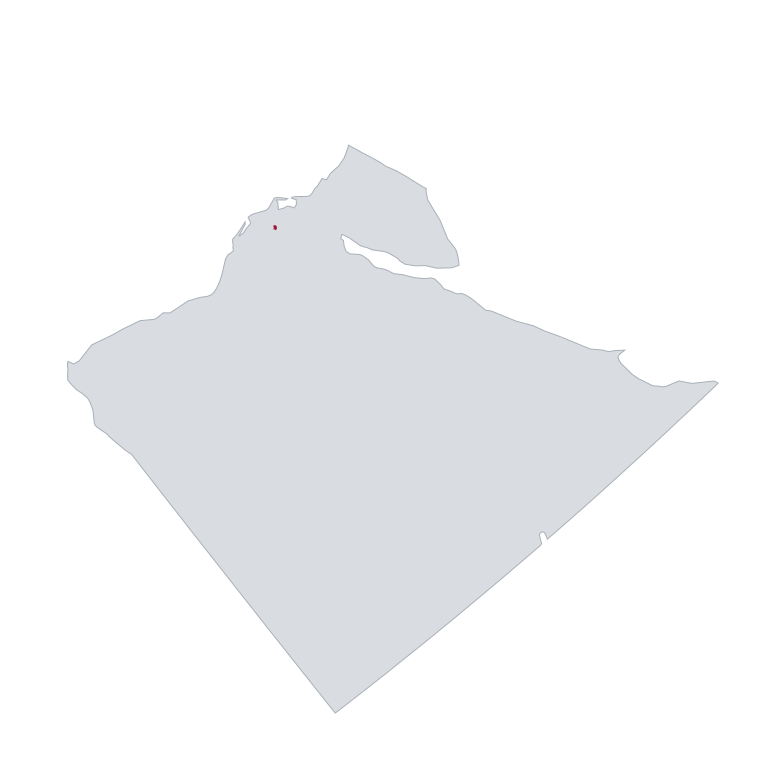 E Mansora 2, Ad Daqahliyah, Egypt (highlighted), rotated 319°
{"feature_id": "37247803B17472786437270", "entity_name": "E Mansora 2", "entity_type": "district", "adm_level": 2, "iso_a3": "EGY", "parent_name": "Egypt", "parent_adm1": "Ad Daqahliyah", "projection": "orthographic", "projection_center": [31.41, 31.047], "detail": "fine", "context": "in_parent", "style": "filled", "palette": "rose", "viewbox_px": 768, "rotation_deg": 319, "n_neighbors": 0, "source": "geoboundaries", "source_scale": "gbopen_adm2", "svg_char_len": 3785}
<svg xmlns="http://www.w3.org/2000/svg" viewBox="0 0 768 768"><g transform="rotate(319 384 384)"><path d="M636.7,602.6L622.8,603.3L608.9,603.9L594.9,604.5L581.0,605.0L567.1,605.5L553.1,606.0L539.2,606.4L525.2,606.8L511.3,607.1L497.3,607.4L483.4,607.7L469.4,607.9L455.4,608.1L441.5,608.2L427.5,608.3L413.5,608.3L405.5,608.3L406.9,604.3L407.7,601.5L406.8,599.5L404.1,599.0L402.3,599.6L398.1,608.0L396.0,608.4L391.0,608.4L374.7,608.3L358.5,608.2L342.2,608.0L325.9,607.7L309.7,607.4L293.4,607.1L277.2,606.7L260.9,606.2L244.7,605.7L228.5,605.1L212.3,604.4L196.1,603.8L179.8,603.0L163.7,602.2L147.5,601.3L131.3,600.4L131.7,590.3L132.2,580.1L132.6,569.9L133.1,559.7L133.5,549.5L134.0,539.3L134.4,529.1L134.9,518.9L135.4,508.7L135.8,498.4L136.3,488.2L136.8,478.0L137.3,467.7L137.8,457.5L138.3,447.2L138.8,437.0L139.3,426.7L139.8,416.5L140.3,406.2L140.8,396.0L141.3,385.7L141.8,375.4L142.3,365.2L142.9,354.9L143.4,344.6L143.9,334.3L144.5,324.0L145.0,313.8L145.6,303.5L146.1,293.2L146.7,282.9L147.3,272.6L147.0,270.7L145.2,263.5L143.7,254.5L142.1,243.5L142.1,239.9L139.1,228.5L138.9,225.2L140.0,223.0L146.5,213.9L148.5,209.4L150.4,204.0L151.1,199.5L149.8,192.5L148.1,186.2L147.8,179.9L147.9,173.6L151.1,169.6L155.0,165.8L156.4,163.4L158.7,160.8L160.3,159.6L162.9,165.3L169.0,166.6L189.1,162.7L210.8,168.7L222.9,171.2L241.5,176.2L252.6,184.2L255.7,185.2L264.0,185.4L269.2,190.0L290.7,192.8L302.0,198.0L308.5,202.1L312.3,203.4L315.8,203.3L320.5,201.9L326.5,199.2L332.9,195.5L346.4,185.7L351.1,184.1L354.2,184.6L357.9,184.5L359.5,181.8L361.5,180.0L362.7,177.9L364.8,175.4L371.6,174.7L385.5,170.5L383.9,172.5L371.3,177.3L376.7,177.9L382.2,176.3L388.5,175.3L389.7,173.2L390.5,169.4L391.7,168.9L396.1,169.6L409.0,175.5L412.2,175.6L421.3,172.4L423.2,171.7L426.2,173.5L433.0,180.8L430.6,180.7L423.4,174.4L422.8,177.5L418.7,183.1L423.8,185.5L428.0,186.4L430.3,189.5L431.7,192.2L435.8,191.0L438.7,187.2L437.2,185.1L436.1,183.0L437.5,182.9L440.4,184.7L448.7,191.7L451.4,193.2L454.6,192.9L461.3,190.8L463.1,191.1L472.1,188.3L473.2,190.2L474.7,192.1L481.8,189.9L493.2,189.7L502.4,187.2L513.0,181.3L513.8,180.4L514.4,181.8L515.8,185.6L519.3,195.3L522.4,202.9L526.2,213.4L527.4,217.5L528.0,220.3L533.4,231.8L536.7,241.3L539.1,249.1L542.6,260.4L544.1,264.3L541.9,266.4L537.7,274.0L533.6,297.7L527.2,316.2L526.7,327.7L525.7,331.9L522.5,337.8L518.6,343.6L511.5,340.9L499.7,331.1L492.8,321.7L485.5,315.7L478.6,307.6L476.7,301.8L476.7,298.0L473.6,288.9L471.4,284.6L463.0,274.9L460.6,269.7L458.8,267.4L456.9,264.1L453.8,251.5L450.5,243.5L446.8,245.7L447.5,249.1L444.3,253.8L442.4,259.3L443.9,263.7L450.7,270.4L452.1,273.4L453.7,279.8L453.6,288.5L454.7,291.4L459.8,297.9L461.7,301.7L462.8,305.0L464.5,308.0L469.6,313.5L477.0,324.1L484.0,331.3L489.0,334.7L491.2,338.1L491.9,347.1L491.6,351.4L496.1,359.5L497.8,363.5L502.1,366.8L504.1,370.6L506.0,376.7L509.1,395.0L512.9,399.4L524.9,423.2L535.0,438.2L540.0,449.4L547.6,463.0L562.6,492.9L571.3,501.9L574.8,507.0L581.1,510.9L587.9,516.4L581.5,516.1L579.9,516.5L577.8,517.6L576.8,521.2L576.4,524.1L577.6,539.4L579.6,547.1L585.7,561.7L590.0,566.0L592.1,568.7L595.0,570.7L608.6,575.2L616.7,585.5L634.8,598.1L636.6,601.7L636.7,602.6Z" fill="#d9dde1" stroke="#a8b0b8" stroke-width="1"/><path d="M403.8,196.0L404.1,195.6L404.3,195.5L404.8,195.7L405.0,195.5L405.1,195.3L404.9,195.3L404.9,195.2L404.7,195.1L404.6,194.9L404.8,194.8L405.0,194.6L405.3,194.4L405.6,194.4L405.6,194.2L405.7,193.9L405.7,193.7L405.4,193.3L405.3,193.2L405.2,193.1L405.0,192.9L404.9,192.9L404.7,192.8L404.6,193.0L404.5,193.3L404.4,193.3L404.4,193.5L404.2,193.7L404.2,193.8L404.1,194.0L404.1,194.3L404.1,194.5L403.9,194.7L403.9,194.8L403.8,195.0L403.6,195.0L403.4,195.0L403.6,195.2L403.7,195.4L403.7,195.6L403.7,195.8L403.8,196.0L403.8,196.0Z" fill="#f43f5e" stroke="#9f1239" stroke-width="1.5"/></g></svg>